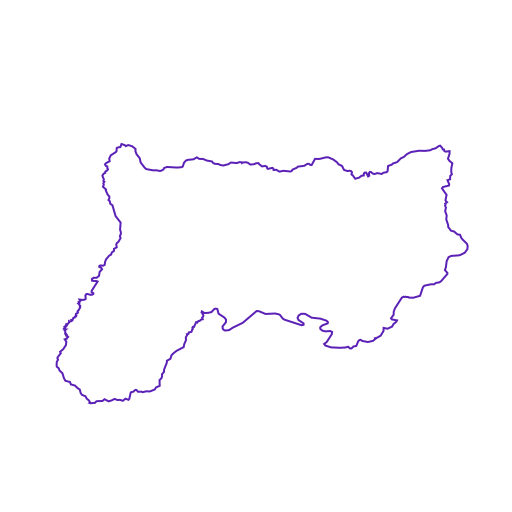 outline of Chom Thong, Chiang Mai, Thailand, rotated 83°
{"feature_id": "78962969B36039472825414", "entity_name": "Chom Thong", "entity_type": "district", "adm_level": 2, "iso_a3": "THA", "parent_name": "Thailand", "parent_adm1": "Chiang Mai", "projection": "equal_earth", "projection_center": [98.623, 18.375], "detail": "fine", "context": "isolated", "style": "outline", "palette": "violet", "viewbox_px": 512, "rotation_deg": 83, "n_neighbors": 0, "source": "geoboundaries", "source_scale": "gbopen_adm2", "svg_char_len": 6095}
<svg xmlns="http://www.w3.org/2000/svg" viewBox="0 0 512 512"><g transform="rotate(83 256 256)"><path d="M314.7,253.6L315.4,244.1L316.6,240.6L317.4,239.4L321.3,237.1L322.7,235.4L330.3,219.1L330.1,217.2L328.7,217.0L324.6,221.7L322.5,222.3L320.2,220.9L318.9,218.1L319.4,214.3L324.0,208.3L326.0,199.8L328.8,193.9L330.3,192.7L331.6,193.1L332.9,198.4L334.3,200.7L335.2,201.1L336.5,200.9L338.3,199.0L339.3,196.1L339.5,191.5L340.7,189.7L342.8,190.3L350.0,196.3L351.6,199.1L353.3,198.1L355.8,192.8L357.3,184.2L357.7,178.6L357.3,175.6L359.1,174.2L359.4,172.5L357.7,170.3L357.5,167.4L353.0,164.9L352.0,163.4L351.9,162.5L353.3,160.8L355.0,155.4L354.5,150.3L352.7,147.4L352.1,147.7L351.9,145.9L350.3,142.0L346.0,138.6L342.9,138.1L344.2,134.4L342.7,129.6L340.3,127.8L338.3,124.7L337.1,123.9L335.5,128.9L334.3,129.6L331.2,126.6L328.1,126.1L324.9,124.5L315.1,116.3L314.4,114.4L314.8,113.6L314.6,112.5L315.1,111.6L315.2,110.1L315.9,109.3L316.6,105.1L315.5,98.0L307.5,94.2L306.0,92.6L305.4,85.8L305.8,82.7L304.6,80.6L304.5,77.2L303.6,75.4L297.1,68.2L296.1,68.1L293.0,70.2L290.3,68.9L284.4,67.4L280.6,65.0L279.7,62.2L280.1,54.3L279.6,52.2L278.2,48.4L275.0,45.4L272.0,44.7L269.6,45.1L264.9,48.9L262.9,50.1L259.8,50.9L259.1,53.5L255.9,56.3L254.6,59.4L250.6,61.7L248.7,61.5L242.9,62.7L239.1,61.8L234.5,62.8L231.2,61.6L229.1,62.2L228.1,61.6L227.1,61.9L225.9,59.8L224.4,61.0L223.5,61.1L218.6,59.4L211.5,63.2L210.3,62.0L209.6,55.9L208.3,55.5L204.1,56.7L203.5,54.0L200.2,53.5L198.7,51.6L196.6,52.0L192.5,51.4L187.9,49.8L184.9,52.6L182.8,53.6L178.3,51.5L175.5,51.1L175.5,55.1L174.9,56.2L173.2,56.4L173.0,57.6L171.1,58.2L168.9,59.8L169.2,61.3L171.0,64.6L171.4,67.8L172.3,70.3L172.3,75.3L171.4,81.2L171.7,89.5L173.3,93.8L175.7,97.2L176.7,100.3L180.0,104.5L180.9,108.9L181.9,110.1L182.7,113.9L187.9,115.1L188.7,116.0L188.9,119.4L189.9,121.2L188.5,125.5L189.1,128.6L188.3,130.2L186.7,131.6L186.4,132.7L187.5,133.8L190.1,133.8L190.7,135.0L186.6,136.5L186.5,138.1L187.3,138.9L189.2,139.2L189.2,141.5L190.8,144.1L191.4,148.1L187.8,150.1L186.7,151.3L184.6,150.5L183.3,151.3L182.8,152.6L182.8,155.0L181.3,158.1L177.0,159.7L175.1,162.9L172.8,164.2L169.6,167.6L166.9,172.2L166.6,174.5L167.4,181.1L166.8,185.6L172.5,189.7L172.2,191.0L170.9,192.4L170.8,193.8L172.4,197.2L172.4,203.5L173.5,205.1L174.7,209.2L176.1,210.4L176.3,211.6L174.8,218.3L175.1,222.5L172.9,225.3L172.8,228.1L171.2,228.2L170.5,229.0L171.0,233.6L170.4,234.2L168.8,234.3L167.7,235.9L167.8,239.1L165.2,241.7L164.1,242.2L164.0,245.1L164.6,246.2L164.6,250.4L162.4,252.8L161.7,254.7L161.6,257.7L162.0,258.6L161.3,258.7L160.8,260.9L161.4,263.6L160.2,269.6L161.5,272.1L162.2,277.4L161.3,280.4L160.1,282.1L159.5,285.6L158.4,287.3L156.8,288.2L155.3,293.1L153.2,296.8L152.7,300.5L150.9,302.7L152.4,306.3L152.3,312.0L152.7,313.9L154.7,316.1L158.3,317.8L158.8,319.0L158.6,323.6L156.8,333.4L157.4,336.4L158.9,337.4L159.8,339.8L159.9,341.0L158.7,344.8L158.5,347.5L156.3,354.5L154.7,355.8L149.1,359.1L144.8,359.5L140.3,362.2L137.1,362.9L135.1,362.5L132.2,365.3L130.6,368.6L130.3,369.4L131.1,371.8L130.0,372.7L128.5,375.9L131.3,377.3L131.5,380.5L132.1,381.2L134.8,381.6L135.6,382.2L138.4,387.9L141.4,389.8L144.1,389.7L145.5,393.4L146.6,394.7L148.2,394.1L149.0,392.7L151.1,392.8L151.8,392.3L152.7,393.0L153.9,395.3L155.1,395.5L155.8,397.3L157.6,398.7L161.3,397.7L163.1,398.3L163.8,397.5L165.4,398.7L166.8,398.4L168.6,399.5L171.8,396.7L172.7,397.1L177.2,395.7L179.0,394.3L181.0,394.6L182.4,395.6L183.9,394.4L186.3,394.3L188.2,392.3L199.3,390.5L206.3,386.3L213.4,387.7L216.1,387.2L217.9,387.6L219.7,388.7L221.7,388.2L225.3,391.0L226.4,392.7L227.7,393.3L230.4,393.2L231.6,396.1L233.7,396.4L234.9,398.7L236.9,399.6L237.7,401.6L240.9,405.1L243.4,406.5L246.4,407.3L247.0,408.9L246.4,411.5L246.7,412.6L247.7,412.9L249.1,410.9L250.4,410.4L252.8,413.2L256.6,414.2L258.2,416.9L257.8,419.9L258.8,421.7L260.6,421.7L261.5,417.2L262.0,416.3L270.6,423.4L271.9,423.6L273.0,422.0L273.9,422.1L274.4,423.3L274.4,424.9L273.1,428.0L273.1,429.0L274.5,430.2L277.7,430.2L278.4,431.2L278.5,433.3L277.7,436.5L279.2,435.9L279.9,437.4L280.3,437.1L281.2,438.1L281.6,437.2L282.3,437.7L284.1,436.5L285.1,437.1L285.6,436.8L288.3,438.7L288.8,439.7L289.7,440.0L290.2,439.6L291.0,440.1L291.5,441.8L293.0,442.1L293.5,441.6L294.1,442.1L294.2,443.2L295.0,443.4L295.1,444.8L296.9,445.8L297.0,446.9L297.7,446.4L298.2,447.3L298.4,448.7L297.9,449.5L299.3,449.7L300.3,450.9L300.3,451.6L300.9,451.7L300.8,452.6L301.9,452.4L301.9,453.2L302.6,453.3L302.3,453.8L302.7,454.4L303.0,453.8L304.6,455.4L304.9,454.5L305.7,454.9L305.8,454.0L306.3,454.9L306.8,454.4L309.9,454.9L310.3,454.7L310.1,454.0L311.1,453.5L311.5,454.2L312.0,454.1L312.0,453.4L313.4,452.3L314.6,454.0L315.1,454.0L315.4,456.0L318.0,454.7L321.2,455.5L325.0,458.7L327.2,462.1L328.7,461.6L332.3,465.2L333.2,465.6L334.7,465.1L337.0,466.7L340.9,467.3L341.6,467.2L343.2,465.6L345.8,464.9L348.8,462.4L353.9,461.5L356.6,460.4L358.4,456.0L360.9,455.4L362.5,451.5L365.3,449.3L367.1,447.2L370.7,446.7L372.6,445.7L374.4,442.4L376.8,441.5L379.1,439.4L381.0,438.6L381.5,439.2L382.0,438.1L382.1,433.6L381.0,432.5L380.7,431.5L381.2,426.1L379.7,423.8L382.3,420.0L381.7,416.7L380.6,413.9L382.1,410.9L382.2,408.6L383.5,405.8L381.7,403.0L383.2,400.1L382.4,399.2L376.1,396.9L375.7,394.3L374.2,392.0L374.4,391.0L376.4,389.6L376.7,386.2L377.4,385.0L376.9,381.6L377.5,377.9L376.2,372.8L374.3,371.3L373.1,367.4L367.5,366.9L365.8,364.8L364.2,363.9L361.9,363.7L359.8,361.4L357.6,361.1L351.0,357.5L349.1,357.2L347.6,353.5L344.1,351.9L342.5,349.8L340.5,346.5L337.6,338.9L334.8,338.0L330.9,335.7L328.2,335.6L325.8,333.8L325.2,334.0L325.1,332.6L323.7,332.1L323.5,329.6L323.0,329.0L321.5,328.5L320.7,327.6L319.5,327.9L318.6,327.2L318.8,326.2L314.3,323.4L314.9,322.4L313.6,321.2L313.5,319.7L312.5,318.5L312.3,316.6L310.6,317.0L309.6,315.7L308.1,315.5L306.8,316.2L306.3,315.9L305.4,316.9L304.4,316.5L306.3,314.1L306.6,310.3L306.2,307.0L303.5,303.8L303.3,302.3L304.0,300.8L308.7,300.2L313.2,294.9L315.5,293.5L318.0,293.9L321.9,297.8L324.1,297.9L325.7,296.7L326.2,295.7L326.3,291.8L324.3,287.8L320.7,277.3L310.7,262.1L311.2,259.7L314.7,253.6Z" fill="none" stroke="#5b21b6" stroke-width="2"/></g></svg>